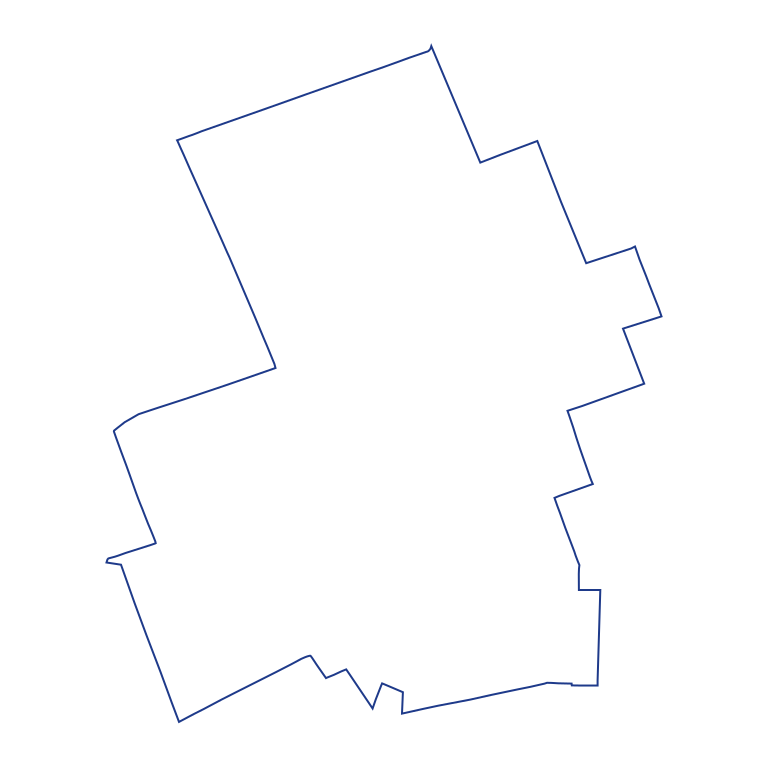 Giubega, Dolj, Romania
{"feature_id": "2599482B62165457111039", "entity_name": "Giubega", "entity_type": "district", "adm_level": 2, "iso_a3": "ROU", "parent_name": "Romania", "parent_adm1": "Dolj", "projection": "equal_earth", "projection_center": [23.399, 44.159], "detail": "fine", "context": "isolated", "style": "outline", "palette": "blue", "viewbox_px": 768, "rotation_deg": 0, "n_neighbors": 0, "source": "geoboundaries", "source_scale": "gbopen_adm2", "svg_char_len": 2204}
<svg xmlns="http://www.w3.org/2000/svg" viewBox="0 0 768 768"><path d="M597.6,684.0L597.6,680.3L598.9,637.0L600.3,590.0L578.9,590.0L578.8,573.9L579.0,568.6L579.4,565.1L577.8,561.3L575.6,555.5L574.3,551.5L565.3,527.9L560.0,513.0L557.2,505.6L554.5,497.9L559.3,495.9L592.8,484.0L591.4,480.8L589.8,476.6L585.8,465.2L582.3,455.3L579.9,448.4L576.4,437.8L573.2,427.4L569.3,415.9L567.5,410.8L582.2,406.0L644.2,383.7L623.0,328.6L660.6,316.7L661.5,316.4L658.7,308.3L649.1,284.0L646.2,276.3L639.6,259.7L635.0,246.5L631.1,248.5L586.2,263.2L561.1,202.1L537.3,141.0L500.1,154.9L480.3,162.6L431.3,46.1L431.0,47.1L430.4,48.8L429.7,49.7L428.5,51.0L427.6,51.5L425.9,52.0L409.1,57.8L384.1,66.9L369.6,71.9L305.4,94.6L268.3,107.8L201.5,131.3L197.8,132.8L192.3,134.9L189.0,136.0L182.7,138.3L177.1,140.3L177.5,141.0L180.7,148.2L183.7,154.8L190.3,169.8L196.4,183.4L201.9,195.7L205.6,204.0L210.1,214.1L217.8,231.3L220.8,238.0L223.2,243.4L225.4,248.4L227.3,252.7L229.4,257.2L230.2,259.1L239.3,280.4L255.2,317.7L263.8,338.4L267.3,346.6L274.4,363.9L275.5,368.0L229.5,384.0L210.6,390.4L204.3,392.5L198.4,394.5L183.8,399.4L177.3,401.5L168.7,404.3L159.1,407.4L149.7,410.5L142.8,412.8L138.6,414.2L124.7,422.2L117.7,427.7L114.1,430.6L114.0,430.9L113.9,431.3L113.9,431.5L116.0,437.5L121.2,451.8L126.1,464.9L129.8,475.2L136.1,493.0L138.5,499.4L140.3,504.0L142.3,508.9L145.0,515.9L148.1,523.8L150.7,529.9L153.1,535.8L155.3,541.4L155.7,543.2L155.1,543.5L150.7,545.0L125.5,553.0L118.0,555.7L114.9,556.7L111.9,557.5L109.2,558.2L108.3,558.5L107.6,559.3L107.3,559.9L106.5,562.5L121.0,564.7L134.7,603.4L146.6,635.6L160.6,672.2L171.7,702.5L179.0,721.9L193.7,714.1L203.8,709.0L221.7,699.5L234.5,693.0L276.4,671.9L282.4,668.8L291.0,664.4L301.2,658.9L305.1,657.2L307.3,656.4L309.2,655.9L310.1,655.7L310.8,656.1L312.2,658.0L316.3,664.2L318.5,667.4L326.0,678.1L326.8,677.7L334.0,674.8L341.5,671.3L346.2,669.4L349.9,674.8L372.6,708.5L375.8,699.3L381.0,686.0L382.1,683.4L384.1,684.2L394.0,688.4L402.9,692.2L402.0,713.6L423.6,708.8L438.2,705.7L470.3,699.6L491.4,694.9L518.1,689.3L530.1,686.9L544.6,683.6L547.0,682.8L551.4,682.9L558.3,683.3L571.6,683.6L571.8,685.4L578.3,685.5L597.6,685.5L597.6,684.0Z" fill="none" stroke="#1e3a8a" stroke-width="2"/></svg>